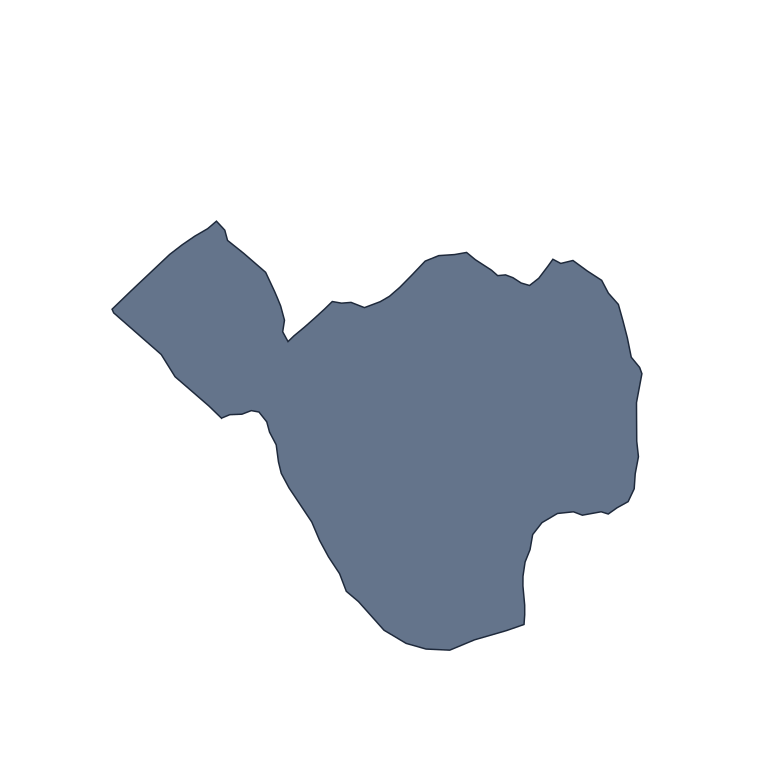 the district of Järfälla, Stockholm, Sweden, rotated 303°
{"feature_id": "70781695B58172703423372", "entity_name": "Järfälla", "entity_type": "district", "adm_level": 2, "iso_a3": "SWE", "parent_name": "Sweden", "parent_adm1": "Stockholm", "projection": "natural_earth1", "projection_center": [17.825, 59.445], "detail": "fine", "context": "isolated", "style": "filled", "palette": "slate", "viewbox_px": 768, "rotation_deg": 303, "n_neighbors": 0, "source": "geoboundaries", "source_scale": "gbopen_adm2", "svg_char_len": 1443}
<svg xmlns="http://www.w3.org/2000/svg" viewBox="0 0 768 768"><g transform="rotate(303 384 384)"><path d="M580.6,457.7L571.9,457.3L557.0,456.2L545.9,452.4L543.4,444.0L543.4,434.3L541.7,426.5L536.8,420.3L538.0,412.2L538.0,393.0L539.3,381.6L531.0,372.7L521.5,360.0L509.5,351.6L489.8,347.9L473.7,344.6L460.5,340.8L451.0,336.0L437.4,326.0L434.5,311.9L428.7,304.4L425.0,295.7L414.3,293.3L399.8,289.5L388.3,286.3L375.5,282.3L367.3,280.4L372.6,270.6L383.3,265.8L393.1,254.9L398.3,247.4L402.1,241.7L413.2,223.9L417.2,195.0L419.2,174.6L426.3,166.7L429.3,154.8L418.2,151.5L405.2,144.9L391.1,139.0L376.0,133.7L324.6,121.2L298.6,115.2L296.4,118.6L287.4,181.1L276.3,204.8L270.2,249.0L266.8,266.4L267.0,266.4L274.3,271.4L281.3,281.3L289.4,287.2L292.4,294.4L288.4,306.3L281.3,314.2L274.3,326.7L261.2,337.9L253.1,346.5L245.1,361.0L240.0,372.9L228.9,398.6L217.8,415.1L208.8,431.6L200.7,450.1L189.6,465.3L187.6,481.1L177.5,518.1L178.5,543.8L184.6,563.6L196.6,584.1L218.8,599.3L244.0,621.1L258.6,632.4L267.1,627.7L275.2,622.4L290.3,610.5L298.4,605.3L311.5,599.3L324.6,596.7L338.7,590.7L353.8,592.0L369.9,600.0L380.0,612.5L382.0,621.8L395.1,635.7L397.1,642.9L407.2,646.9L418.3,652.8L432.4,650.9L445.5,643.6L461.6,637.0L473.7,627.1L492.8,614.5L505.9,605.9L533.1,594.7L537.1,589.4L541.1,576.8L555.2,563.0L567.3,549.8L578.4,537.2L582.4,522.7L589.5,510.1L589.5,493.0L590.5,475.2L581.4,466.6L580.6,457.7Z" fill="#64748b" stroke="#1e293b" stroke-width="1.5"/></g></svg>